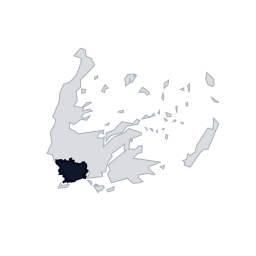 location of Ipeiroy, Ipeiros, Greece, rotated 297°
{"feature_id": "26713481B784345685192", "entity_name": "Ipeiroy", "entity_type": "district", "adm_level": 2, "iso_a3": "GRC", "parent_name": "Greece", "parent_adm1": "Ipeiros", "projection": "robinson", "projection_center": [20.637, 39.661], "detail": "fine", "context": "in_parent", "style": "filled", "palette": "ink", "viewbox_px": 256, "rotation_deg": 297, "n_neighbors": 0, "source": "geoboundaries", "source_scale": "gbopen_adm2", "svg_char_len": 8255}
<svg xmlns="http://www.w3.org/2000/svg" viewBox="0 0 256 256"><g transform="rotate(297 128 128)"><path d="M167.8,47.1L177.5,49.5L178.4,54.3L172.8,58.1L173.4,63.9L168.8,69.8L149.1,63.9L143.1,67.2L136.9,65.1L129.3,70.4L123.1,69.8L125.2,77.6L132.0,79.8L134.6,84.1L126.2,79.1L122.6,79.7L127.3,84.9L127.0,88.4L121.4,82.3L116.7,81.3L116.9,84.8L121.6,88.6L116.2,87.8L114.5,82.4L106.3,78.1L106.8,73.5L101.1,75.8L100.4,86.7L115.0,107.3L111.7,109.1L111.8,105.4L107.0,104.2L105.4,105.3L106.4,107.5L108.0,110.8L109.9,110.6L100.2,114.7L113.7,119.6L122.3,127.0L127.9,128.9L129.8,142.4L128.1,143.2L118.7,134.6L109.6,138.4L112.8,144.6L116.8,145.5L118.7,148.9L112.2,151.4L109.3,147.9L103.5,146.4L112.4,172.6L103.5,164.4L101.3,164.7L99.0,172.7L97.8,172.0L96.7,166.6L90.8,158.7L88.4,159.7L87.1,165.7L84.1,162.7L81.0,157.5L82.8,150.2L71.8,138.1L77.3,130.8L82.3,131.3L85.6,127.6L88.1,127.8L107.3,136.5L106.7,134.3L112.4,132.3L97.4,125.0L95.4,126.9L88.4,125.6L78.7,127.8L75.9,123.8L75.3,126.5L73.0,127.2L64.8,114.5L71.5,114.0L71.7,110.8L65.0,111.3L55.6,103.7L49.7,94.5L54.6,95.3L57.2,92.3L55.8,88.1L62.6,84.8L65.5,77.0L69.9,72.8L68.6,67.4L80.5,66.9L88.6,60.7L98.3,61.0L102.8,59.6L103.9,55.9L120.4,54.6L128.5,51.3L137.5,50.7L142.5,55.4L151.8,58.0L164.9,56.4L168.9,54.7L167.8,47.1ZM126.4,194.5L132.6,193.1L131.5,195.5L136.5,198.7L143.8,197.2L164.0,199.0L165.3,204.4L175.8,199.8L172.8,206.9L145.5,208.9L143.6,205.2L138.7,203.5L121.3,201.2L120.7,194.5L122.8,195.0L124.0,191.6L126.4,194.5ZM113.7,110.8L119.0,116.0L130.9,119.9L134.0,130.2L139.7,131.9L140.0,135.0L135.7,135.0L129.3,126.1L121.6,124.9L113.6,116.3L106.1,114.6L113.7,110.8ZM175.5,103.6L178.9,108.9L179.0,110.8L177.2,109.7L178.3,111.7L170.7,110.9L169.7,109.6L172.9,106.8L169.0,109.2L164.4,106.7L170.7,102.6L175.5,103.6ZM205.8,185.1L203.2,184.4L203.1,179.3L206.9,175.1L213.2,173.0L210.6,181.8L205.8,185.1ZM169.8,130.3L168.0,131.6L165.8,129.7L167.7,127.0L164.8,121.7L171.0,122.5L169.8,130.3ZM60.7,124.1L65.2,132.1L64.7,133.8L60.0,132.9L58.6,129.9L56.6,131.2L60.7,124.1ZM51.2,101.2L47.4,100.5L42.8,93.2L48.3,93.0L46.7,95.5L51.2,101.2ZM156.1,88.0L154.6,92.2L152.5,90.1L148.8,91.1L148.7,87.6L156.1,88.0ZM184.5,140.0L189.1,142.4L184.9,144.0L179.7,142.1L184.5,140.0ZM142.9,73.0L140.4,73.8L137.8,71.3L141.7,68.9L142.9,73.0ZM63.3,137.2L69.3,142.5L65.8,143.5L61.9,139.0L63.3,137.2ZM159.6,160.2L157.8,161.1L155.9,157.7L159.1,154.7L159.6,160.2ZM147.5,137.8L147.7,142.8L142.4,136.4L147.5,137.8ZM193.5,187.7L192.0,197.5L190.6,193.0L193.5,187.7ZM63.7,120.2L60.6,121.5L63.3,115.3L63.7,120.2ZM111.2,177.5L107.5,178.1L108.2,174.2L111.2,177.5ZM187.5,166.0L192.7,161.9L195.4,162.6L191.5,164.8L187.5,166.0ZM168.9,146.8L170.0,144.2L175.2,143.3L172.3,145.8L168.9,146.8ZM153.3,155.9L152.7,159.6L150.8,158.6L153.3,155.9ZM152.9,144.3L151.6,146.4L148.4,143.2L152.9,144.3ZM141.6,116.1L139.0,116.6L137.8,112.0L139.4,112.9L141.6,116.1ZM160.7,77.4L158.5,78.1L156.1,76.1L158.4,75.3L160.7,77.4ZM139.6,165.1L139.5,167.0L135.5,167.7L136.1,165.6L139.6,165.1ZM169.9,161.8L163.6,164.5L168.6,160.9L169.9,161.8ZM136.6,143.9L134.4,146.8L136.2,143.1L136.6,143.9ZM157.7,148.1L154.6,149.5L154.7,147.7L157.7,148.1ZM177.9,169.4L175.4,171.1L174.1,170.3L176.1,168.1L177.9,169.4ZM189.2,159.4L186.8,160.7L186.1,157.3L189.2,159.4ZM138.3,149.7L136.3,151.9L137.3,148.0L138.3,149.7ZM63.5,124.7L63.6,127.8L61.9,124.0L63.5,124.7ZM156.9,166.2L156.1,167.6L154.0,165.2L156.9,166.2ZM123.9,108.8L121.7,109.2L120.3,106.5L123.9,108.8ZM119.7,137.3L118.1,137.8L117.1,137.1L118.4,135.7L119.7,137.3ZM139.3,154.8L137.3,156.3L137.6,155.0L139.3,154.8ZM157.1,172.0L157.6,175.2L156.3,174.8L157.1,172.0ZM144.0,160.6L142.3,160.4L142.4,158.9L144.0,160.6Z" fill="#d9dde1" stroke="#a8b0b8" stroke-width="1"/><path d="M64.9,79.3L64.7,79.4L64.6,79.7L64.7,79.9L64.5,80.1L64.1,80.2L64.0,80.6L63.7,80.9L63.6,81.3L63.9,81.6L63.8,82.1L63.6,82.8L63.3,82.9L63.0,83.2L63.0,83.6L63.3,84.0L63.1,84.2L63.0,84.6L63.0,85.0L63.0,85.3L62.5,85.4L61.9,85.5L61.5,85.8L61.0,86.0L60.5,86.1L59.7,85.6L59.5,86.0L59.3,86.1L59.0,86.0L58.8,85.8L58.5,85.8L58.1,86.1L57.8,86.4L57.8,86.7L57.7,87.0L57.6,87.4L57.5,87.7L57.2,87.7L57.1,87.8L55.8,87.8L56.0,88.2L56.3,88.5L56.5,88.9L56.3,89.4L56.7,89.7L57.0,90.1L57.3,90.2L57.2,90.4L57.4,90.7L57.9,91.4L57.8,91.5L57.8,92.0L57.7,92.3L57.2,92.7L56.5,92.3L55.8,92.0L55.4,92.3L55.7,92.8L55.7,93.0L55.4,93.2L55.5,93.3L55.7,93.7L56.0,93.9L56.0,94.1L55.8,94.2L55.6,94.4L55.3,94.5L55.2,94.7L54.9,94.9L54.9,95.4L54.5,95.2L54.3,95.1L54.2,95.2L54.3,95.3L54.0,95.6L54.2,95.9L54.2,96.0L53.5,96.1L52.7,95.8L52.2,95.8L51.6,95.4L51.5,95.2L51.3,95.2L51.0,95.0L50.5,95.0L50.3,94.8L49.9,95.0L50.1,95.0L50.2,95.3L50.9,95.2L51.0,95.4L51.4,95.5L51.7,95.7L51.6,95.8L51.6,95.7L51.4,95.6L51.7,95.9L51.8,95.7L52.5,96.2L52.9,96.2L53.3,96.5L53.3,97.0L53.0,97.3L52.8,97.4L53.1,97.7L52.9,98.1L52.7,98.4L52.4,98.9L52.7,98.9L52.8,98.8L52.6,98.8L53.0,98.7L53.2,98.9L53.3,98.8L53.5,98.9L53.7,99.1L53.0,99.1L53.3,99.1L54.0,99.2L54.3,99.1L54.9,99.3L54.9,99.6L54.8,100.0L54.2,99.7L53.9,99.8L54.6,100.4L55.1,100.7L55.1,100.9L54.1,100.9L53.9,100.8L54.1,101.2L54.3,101.7L54.3,101.9L54.8,102.0L55.2,102.4L55.1,102.8L55.2,103.0L55.4,103.5L55.6,104.0L56.2,104.5L56.3,104.7L56.5,104.7L57.2,104.8L57.4,104.7L58.2,105.0L58.2,104.8L58.3,104.8L58.6,105.0L58.8,105.1L58.8,104.8L59.1,104.9L59.1,105.0L58.9,105.3L59.0,105.6L59.0,105.8L59.1,106.3L60.1,107.0L61.4,108.6L62.2,109.2L62.4,109.3L62.6,109.4L63.4,110.2L63.7,110.6L63.7,111.0L63.7,111.4L63.6,111.5L63.4,111.6L63.9,112.7L64.2,112.8L64.6,112.7L64.5,112.4L64.5,112.2L64.6,111.9L64.6,112.1L65.2,112.2L65.3,112.4L65.8,112.6L66.0,112.5L66.0,112.3L65.8,112.2L65.6,112.2L65.0,111.6L64.3,111.4L64.2,111.2L64.5,111.1L64.7,110.6L64.9,110.5L65.2,110.1L65.6,110.1L65.8,110.1L65.9,110.3L65.8,110.1L65.6,110.0L65.4,110.0L65.1,110.1L65.2,109.7L65.4,109.6L64.9,109.5L65.2,109.3L65.2,109.2L64.9,109.2L65.0,109.0L65.3,109.2L65.3,108.9L65.2,109.0L65.1,108.9L65.2,109.0L65.3,108.9L65.5,109.1L65.4,108.9L65.2,108.9L65.3,108.8L65.5,108.7L65.6,108.9L65.8,108.9L66.2,109.2L66.2,109.3L66.1,109.6L65.9,109.7L65.6,109.7L65.9,109.8L66.1,109.7L66.2,109.9L66.6,110.0L66.5,110.4L66.6,110.5L66.6,110.8L66.9,110.7L66.7,110.5L66.7,110.2L67.0,110.1L67.1,109.7L67.3,109.8L68.0,110.1L68.3,109.9L68.1,110.1L68.1,110.3L68.2,110.8L68.6,110.6L68.8,110.8L69.0,111.1L69.8,111.4L70.1,111.5L70.4,111.4L70.5,111.4L70.0,111.1L70.3,111.3L70.6,111.3L70.7,111.2L70.2,111.1L70.5,110.8L70.5,110.7L70.4,110.7L70.7,110.6L70.8,111.0L70.9,110.8L70.8,110.4L71.3,110.3L71.2,110.4L71.5,110.4L71.4,110.3L71.2,110.0L71.3,110.0L71.0,109.6L71.5,109.5L71.2,109.1L71.6,108.7L71.9,108.5L72.2,108.6L72.5,108.5L72.8,108.5L73.0,108.3L73.3,108.6L73.5,108.6L73.7,108.4L73.9,108.4L74.7,108.7L75.0,108.5L75.2,108.3L75.7,108.0L75.7,107.7L76.7,107.3L76.6,107.2L76.3,107.0L76.3,106.9L76.2,106.7L76.2,106.4L76.5,106.1L76.5,105.9L76.8,105.8L76.8,105.6L77.0,105.6L77.1,105.4L77.4,105.3L77.7,104.7L77.7,104.4L77.4,104.2L77.5,103.9L77.4,103.7L77.2,103.6L77.1,103.4L77.0,103.2L76.7,102.9L75.8,103.0L75.5,102.9L75.5,103.0L75.3,103.0L75.3,102.9L75.1,102.8L75.1,102.7L74.7,102.5L74.6,102.4L74.8,102.1L74.7,102.0L74.6,101.7L74.3,101.4L74.1,101.2L73.8,101.1L73.3,100.4L73.1,100.2L73.5,100.0L73.5,99.6L73.2,99.7L72.9,99.6L73.1,99.2L73.3,99.0L73.3,98.9L73.1,98.2L73.1,97.7L72.9,97.1L72.9,96.9L72.3,96.7L72.2,96.4L72.3,96.2L72.1,95.9L71.7,95.5L71.7,95.3L71.7,95.1L72.1,95.1L72.2,94.8L72.4,94.8L72.5,94.4L72.9,94.5L73.1,94.5L73.2,94.3L73.3,94.4L73.4,94.6L73.8,94.6L73.8,94.8L74.2,94.8L74.3,94.6L74.1,94.5L74.2,94.2L73.9,94.0L73.7,94.0L73.9,93.4L73.8,93.2L73.7,92.8L73.8,92.7L73.7,92.3L73.8,92.2L74.0,92.3L74.2,92.2L74.4,91.8L74.5,91.5L74.5,91.1L75.0,91.1L74.6,90.5L74.4,90.5L74.2,90.4L73.8,90.2L73.5,90.3L73.2,90.5L72.9,90.5L72.5,91.0L72.2,90.8L71.8,90.8L71.3,90.5L71.2,90.5L71.2,90.4L71.2,90.1L71.0,89.9L70.9,89.4L71.0,89.1L70.8,88.8L70.5,88.6L70.3,88.3L70.2,88.3L70.3,88.2L70.2,88.0L69.8,87.8L69.9,87.7L70.0,87.5L70.4,87.8L70.6,87.6L70.9,87.2L70.9,86.8L71.0,86.3L70.7,86.1L70.3,86.0L70.0,86.2L69.5,86.2L69.1,85.6L69.1,85.4L69.1,85.2L68.8,84.9L68.7,84.7L68.4,84.4L68.7,84.4L68.8,84.2L69.4,83.9L69.4,83.7L69.3,83.1L68.9,83.0L69.1,82.8L69.1,82.6L68.9,82.4L68.7,82.3L68.5,81.6L68.1,81.4L68.1,81.0L67.7,80.5L67.3,80.1L66.9,79.7L66.8,79.1L66.7,78.6L66.4,78.8L66.3,79.0L66.2,79.5L65.7,79.6L65.2,79.5L64.9,79.3Z" fill="#0f172a" stroke="#020617" stroke-width="1.5"/></g></svg>